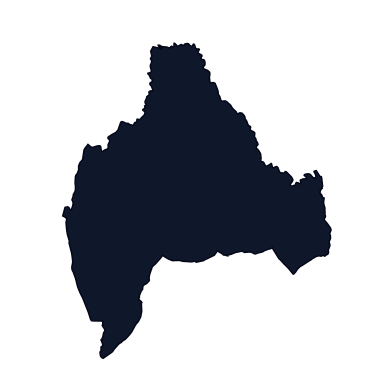 the district of Tibasosa, Boyacá, Colombia, rotated 351°
{"feature_id": "7082276B75151573988065", "entity_name": "Tibasosa", "entity_type": "district", "adm_level": 2, "iso_a3": "COL", "parent_name": "Colombia", "parent_adm1": "Boyacá", "projection": "natural_earth1", "projection_center": [-72.995, 5.748], "detail": "fine", "context": "isolated", "style": "filled", "palette": "ink", "viewbox_px": 384, "rotation_deg": 351, "n_neighbors": 0, "source": "geoboundaries", "source_scale": "gbopen_adm2", "svg_char_len": 5969}
<svg xmlns="http://www.w3.org/2000/svg" viewBox="0 0 384 384"><g transform="rotate(351 192 192)"><path d="M96.7,128.7L93.2,132.0L91.9,133.7L89.0,142.9L86.0,145.4L84.1,148.4L83.5,152.4L81.5,155.9L80.0,157.2L79.3,158.5L77.9,165.0L77.8,167.9L77.2,171.6L76.4,173.4L74.5,175.8L73.7,178.2L72.2,181.0L72.8,183.0L72.8,185.8L72.4,185.8L71.8,187.5L70.1,190.4L69.3,191.1L69.1,191.1L68.7,190.4L68.1,188.3L67.0,187.2L64.2,187.3L60.6,195.4L62.7,197.0L63.6,197.2L63.7,197.5L63.5,198.0L64.1,199.3L62.8,202.2L62.3,209.8L62.3,214.6L63.1,220.6L63.1,221.7L62.6,222.9L63.6,234.1L63.4,240.6L63.2,242.7L61.5,247.5L61.4,250.1L62.2,252.5L63.5,259.4L64.1,266.8L64.6,269.6L65.8,274.5L67.4,279.3L70.7,294.0L71.9,301.7L72.5,303.3L73.5,303.7L83.6,305.5L83.1,309.0L82.5,309.6L82.5,309.9L84.4,314.3L84.3,315.2L82.5,317.6L81.4,320.8L79.9,323.2L79.0,323.8L79.7,326.8L80.1,329.9L78.2,330.6L77.9,330.9L77.3,334.5L76.2,335.6L76.0,336.5L76.0,339.7L76.6,340.9L77.6,342.0L78.1,341.9L78.4,342.3L87.5,337.8L88.6,337.2L90.6,335.0L95.5,331.0L96.8,330.2L98.8,329.4L100.1,328.3L103.1,327.0L108.0,323.2L110.5,320.8L115.6,314.2L118.8,311.4L121.8,307.3L123.7,301.8L124.5,294.4L125.2,293.2L124.9,292.6L122.6,289.6L122.8,288.9L123.6,287.8L123.7,286.5L124.1,285.6L126.3,282.0L128.0,280.3L128.6,277.9L129.2,276.7L133.0,275.2L135.7,273.1L136.1,272.3L136.1,270.2L137.3,266.7L141.1,259.6L144.9,257.1L150.4,252.6L153.0,250.1L158.0,254.3L161.8,256.7L168.2,257.5L170.2,258.1L171.6,258.9L180.6,260.9L184.1,260.8L185.2,262.0L192.7,261.6L194.8,260.6L196.1,260.4L204.2,257.9L207.9,254.2L212.8,258.3L213.1,259.1L214.4,259.4L217.1,260.6L217.0,260.0L221.2,259.6L225.0,258.6L232.1,258.2L234.4,259.9L238.9,260.2L240.4,260.5L241.9,261.2L244.3,263.0L245.0,263.1L247.8,262.5L251.3,262.3L252.8,262.0L254.6,261.2L258.7,260.4L260.7,260.3L262.5,259.7L267.4,271.4L268.5,272.6L271.4,277.1L275.2,282.3L278.9,288.7L279.1,288.6L279.6,289.0L281.2,287.4L281.5,287.6L284.0,284.8L287.0,282.6L289.9,281.5L296.8,278.4L298.3,277.9L301.1,276.4L304.4,275.2L306.4,274.9L307.6,274.9L309.4,275.6L311.5,275.1L313.1,276.1L315.8,274.6L316.0,274.8L317.1,273.9L317.5,272.6L317.4,271.0L319.8,266.6L319.9,265.6L319.7,263.3L319.8,262.1L320.7,261.0L321.6,259.2L321.9,256.7L321.4,254.6L323.0,252.1L323.4,250.9L323.1,249.1L320.5,243.9L318.7,241.0L318.3,239.7L318.6,238.9L319.8,237.6L320.1,236.5L319.7,234.5L320.1,233.7L320.4,230.4L320.8,228.7L320.2,224.3L320.6,221.7L321.6,218.7L320.1,217.8L320.0,216.5L319.2,215.8L319.7,215.3L319.6,215.0L318.7,214.4L318.8,213.5L318.4,213.4L318.0,212.8L318.6,211.9L319.0,210.2L319.8,210.0L320.3,208.8L321.2,208.8L321.2,208.2L321.0,207.7L321.7,207.1L322.0,206.6L321.9,205.3L322.1,203.1L321.7,203.0L321.9,201.7L322.1,201.7L322.3,198.5L322.1,197.1L321.0,196.7L320.7,196.3L318.0,190.3L316.4,190.5L315.8,190.7L315.7,191.2L316.4,192.9L316.9,195.5L316.6,196.7L316.0,197.1L315.2,197.3L313.8,196.7L312.0,193.8L311.0,192.7L309.1,192.1L306.6,192.2L305.7,192.5L305.4,193.1L306.9,195.0L307.3,195.8L307.2,196.2L306.4,196.7L303.6,196.5L301.0,197.1L300.7,197.7L301.0,199.6L300.6,200.7L300.1,200.8L298.6,199.7L296.6,198.9L295.7,199.9L295.1,201.4L294.8,201.5L293.5,201.4L292.3,201.9L291.1,201.7L290.2,200.4L290.3,199.6L292.7,197.4L293.6,195.8L292.7,192.9L288.3,186.8L287.3,186.4L286.4,187.3L285.2,187.6L282.3,186.8L281.9,186.2L281.4,185.0L280.7,181.4L279.8,180.2L279.1,180.0L276.3,180.8L275.3,180.3L275.0,176.7L274.6,176.2L272.5,177.3L269.9,178.1L269.0,178.0L268.5,177.2L267.4,173.9L266.6,173.2L265.5,173.0L265.1,172.5L264.9,171.4L265.5,169.5L265.7,164.9L264.6,162.1L263.7,160.3L262.7,159.2L262.4,158.1L262.9,156.8L264.2,155.9L264.7,155.2L264.3,153.3L263.4,151.2L263.4,149.5L262.3,147.1L263.2,143.9L263.1,143.1L262.0,141.9L260.4,141.0L259.3,139.5L259.3,138.8L259.9,137.5L259.6,137.5L259.8,136.4L258.5,135.3L257.8,134.3L257.2,130.8L256.0,128.0L255.9,125.5L254.6,123.1L253.3,122.2L253.5,121.9L251.8,121.3L251.0,121.4L249.6,122.1L248.8,121.8L248.2,119.7L245.8,116.7L244.6,114.6L243.8,112.4L240.4,108.2L239.1,107.2L236.5,107.1L235.7,106.9L234.8,106.1L234.4,102.2L233.1,99.0L233.5,97.6L233.3,94.9L231.8,88.3L230.2,87.2L227.6,87.2L226.9,86.0L227.1,81.6L228.2,78.0L228.1,76.5L227.4,75.4L226.1,74.1L223.3,72.5L222.7,71.6L222.6,70.9L223.0,69.9L224.6,68.6L225.0,66.9L225.1,65.1L224.8,63.9L224.2,63.1L222.3,62.6L221.8,62.0L222.2,60.3L223.2,59.2L223.0,58.3L219.9,55.8L219.7,55.0L220.0,54.3L221.3,52.8L221.5,52.3L221.3,51.9L221.0,51.7L219.4,51.6L218.4,50.9L218.0,50.2L217.6,47.3L217.2,46.4L216.8,46.2L216.1,46.5L215.5,47.5L214.9,47.9L214.1,48.0L212.9,47.0L211.8,45.1L210.8,44.7L209.3,44.5L207.6,44.9L206.7,46.0L206.0,46.1L205.0,44.9L204.2,44.6L201.0,45.8L200.3,45.6L198.8,43.2L197.9,42.3L197.6,42.3L197.4,42.9L197.0,45.3L196.6,45.7L196.0,45.7L194.8,44.9L194.3,44.9L192.5,46.1L191.4,45.9L189.8,44.9L186.1,44.0L184.4,43.3L183.1,42.0L181.6,41.7L181.7,42.6L182.2,43.5L184.8,44.7L184.2,46.2L182.8,45.2L176.3,42.4L173.2,46.5L173.6,51.7L172.0,53.5L171.8,54.0L172.6,55.5L172.6,56.3L172.2,57.9L170.8,60.1L170.5,61.4L170.5,62.9L170.9,66.1L170.7,66.7L169.2,67.6L167.0,67.8L166.9,68.4L167.8,69.2L168.9,73.2L170.2,74.4L170.1,76.6L169.6,76.9L167.9,77.5L167.2,78.6L167.4,79.4L168.4,81.0L169.3,85.0L169.1,85.6L168.5,85.8L166.5,85.7L165.2,86.3L165.0,86.9L165.2,88.8L164.4,89.6L162.4,90.7L162.0,91.3L161.7,92.4L159.9,95.0L159.6,96.6L160.5,98.1L160.4,98.5L158.7,99.6L158.8,101.4L157.7,102.3L156.4,102.7L156.2,103.2L156.3,103.7L157.6,104.9L158.0,105.5L158.0,106.1L157.6,107.2L157.1,108.1L156.0,109.2L153.6,110.7L152.6,111.9L151.8,112.3L149.6,111.5L149.0,111.6L148.5,113.7L148.0,114.2L146.3,114.5L144.5,116.8L143.9,117.0L142.3,116.0L141.0,115.8L140.0,114.4L139.3,114.1L137.7,113.9L134.6,111.7L133.4,111.5L132.5,112.0L128.4,119.6L127.3,120.2L126.1,121.3L122.5,122.5L118.1,124.4L117.5,125.1L117.4,125.8L118.8,128.1L118.9,128.7L116.7,131.8L116.4,132.6L116.3,134.6L115.6,136.1L111.7,137.1L110.5,137.9L109.8,138.1L109.2,137.6L108.9,136.8L108.9,132.7L108.4,132.1L107.7,131.8L105.4,131.7L100.9,132.4L99.9,132.1L98.9,131.3L96.7,128.7Z" fill="#0f172a" stroke="#020617" stroke-width="1.5"/></g></svg>